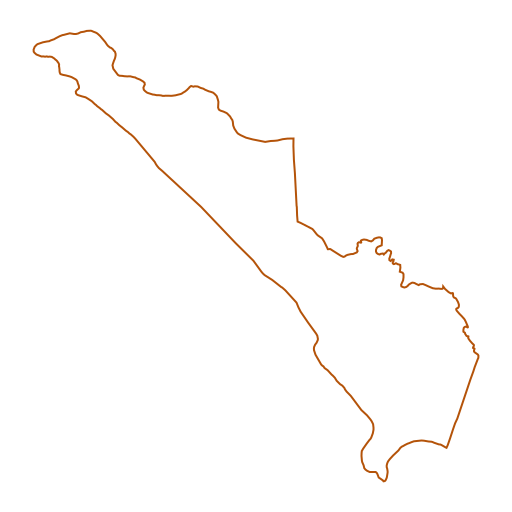 outline of Salinas, Santa Elena, Ecuador
{"feature_id": "8360857B49766571468879", "entity_name": "Salinas", "entity_type": "district", "adm_level": 2, "iso_a3": "ECU", "parent_name": "Ecuador", "parent_adm1": "Santa Elena", "projection": "orthographic", "projection_center": [-80.916, -2.26], "detail": "fine", "context": "isolated", "style": "outline", "palette": "amber", "viewbox_px": 512, "rotation_deg": 0, "n_neighbors": 0, "source": "geoboundaries", "source_scale": "gbopen_adm2", "svg_char_len": 5914}
<svg xmlns="http://www.w3.org/2000/svg" viewBox="0 0 512 512"><path d="M293.5,138.5L287.6,138.6L282.6,139.2L277.5,140.5L274.5,140.8L270.7,141.0L265.2,141.9L252.6,139.4L247.3,138.0L246.1,137.7L240.5,135.1L238.0,133.6L236.9,132.4L234.4,128.6L233.2,125.5L232.8,121.7L232.3,120.0L231.1,118.3L230.1,116.5L227.5,113.8L226.7,113.1L223.5,111.6L220.7,110.7L219.2,109.9L218.7,109.2L218.1,107.6L218.4,101.9L217.9,99.7L216.8,96.3L216.0,95.3L214.3,93.6L213.0,92.6L210.7,91.8L208.8,91.3L205.0,89.7L203.4,88.7L200.6,87.9L197.7,86.5L194.8,86.3L193.4,86.7L191.1,86.0L189.6,87.1L188.8,88.1L186.8,90.1L184.9,91.6L183.3,92.5L181.9,93.5L180.8,94.0L177.1,94.9L175.6,95.3L171.8,95.8L165.3,95.7L164.3,95.9L162.8,95.9L161.0,95.4L158.8,95.2L156.7,95.2L153.9,94.6L153.0,94.6L147.7,92.9L146.7,92.4L144.9,90.9L143.8,89.7L143.4,87.7L144.1,85.9L144.8,84.6L144.5,82.7L143.0,81.4L139.8,79.5L136.4,78.2L135.4,77.5L133.2,77.1L130.2,76.3L127.1,76.4L125.7,76.3L124.2,76.2L122.4,75.9L119.4,75.7L117.9,74.9L113.3,68.8L112.5,65.3L113.0,63.5L114.0,60.6L114.7,59.1L115.2,57.5L115.6,55.5L115.6,53.8L114.9,51.6L113.9,50.8L113.1,49.6L112.4,48.9L111.1,47.9L110.1,47.6L108.0,45.9L107.0,44.7L105.2,42.0L100.2,36.1L98.6,34.6L97.2,33.4L95.8,32.6L93.4,31.7L92.1,31.1L90.9,30.7L86.8,30.9L84.0,31.7L80.8,32.2L78.1,33.5L76.0,34.0L74.0,34.0L69.8,33.3L63.7,34.9L62.5,35.1L59.7,36.2L55.5,38.4L54.2,39.2L50.5,40.5L49.2,41.2L46.9,41.5L42.9,42.3L37.6,44.1L36.6,44.8L34.7,46.8L33.6,49.6L33.7,51.7L34.5,52.8L36.4,54.5L41.5,56.5L43.3,56.4L45.1,56.7L46.8,56.4L48.0,56.8L49.8,56.6L51.8,56.9L54.3,58.5L55.4,59.6L56.4,60.3L57.2,61.2L57.7,62.0L58.2,62.5L59.1,64.3L59.0,66.5L59.2,67.0L59.5,69.7L59.5,71.0L59.8,72.7L60.5,74.1L63.1,74.9L65.8,75.4L69.6,76.4L71.6,77.1L75.6,79.3L76.7,80.3L77.4,81.6L77.9,83.5L78.8,85.7L79.0,87.5L78.8,88.4L76.8,90.2L75.8,91.5L76.0,93.4L76.8,94.4L77.5,94.9L78.3,95.2L82.1,96.4L85.6,97.3L88.4,99.0L91.9,101.3L94.9,104.2L95.9,104.9L97.2,106.2L99.8,108.1L101.0,109.2L102.1,109.9L105.8,113.3L108.9,115.5L112.9,119.0L115.5,121.9L116.7,122.7L119.2,125.1L122.6,127.8L125.8,130.6L128.1,132.2L129.4,133.5L130.7,134.3L133.4,136.7L135.2,138.6L154.7,161.9L156.0,164.3L157.1,165.9L158.9,168.1L162.1,170.8L201.2,207.0L235.8,243.3L253.4,260.7L261.3,271.6L262.8,273.4L264.6,275.1L272.3,280.0L281.3,287.1L282.0,287.4L283.3,288.5L285.3,290.3L296.5,302.6L298.5,307.5L300.1,310.6L300.5,311.5L308.1,322.6L316.1,333.6L317.3,335.7L317.9,338.8L317.8,340.0L316.6,342.7L315.1,344.7L314.1,347.0L313.9,348.5L314.0,350.2L315.5,354.7L321.1,364.4L321.9,365.3L322.8,366.0L323.4,366.3L324.6,368.1L327.6,370.2L331.6,374.6L332.7,375.5L334.8,377.7L336.7,380.8L337.6,381.7L340.1,384.2L342.3,385.6L343.2,386.6L344.4,388.0L345.0,389.4L346.6,391.6L350.8,395.9L361.4,410.1L367.0,415.3L370.4,419.4L371.5,421.0L372.5,422.9L373.1,424.2L373.5,427.6L373.5,429.8L372.8,433.4L371.2,437.7L370.4,439.0L369.5,439.9L366.7,443.6L363.2,448.6L361.8,451.0L361.6,452.9L361.5,455.9L361.9,460.6L362.2,462.1L363.6,465.3L364.3,468.2L365.5,469.6L367.1,470.8L369.7,472.0L375.7,472.0L376.9,473.1L377.5,474.3L378.7,477.5L382.9,480.4L383.5,481.3L384.7,481.1L385.5,480.4L386.6,478.1L386.9,477.0L387.6,472.6L387.6,471.2L387.2,468.7L386.7,467.1L386.7,465.4L387.2,463.4L387.9,461.7L388.5,460.8L389.8,459.1L393.2,455.4L398.4,450.5L400.4,447.8L401.9,446.6L403.2,446.0L404.9,445.0L407.5,443.7L409.0,443.2L411.4,442.2L413.9,441.3L421.5,440.5L424.0,440.7L428.6,441.5L431.3,441.7L432.5,442.0L434.0,442.7L438.9,444.4L440.3,444.5L441.3,444.9L445.6,447.4L446.5,447.8L447.7,445.2L450.1,438.3L453.0,429.4L455.1,423.3L457.3,418.6L470.4,379.5L473.3,371.5L474.7,367.1L477.8,359.0L478.2,358.3L478.4,357.2L478.4,355.5L477.8,354.5L474.8,352.4L474.3,351.9L474.0,351.3L474.0,350.6L474.4,349.3L474.5,348.7L474.2,348.4L473.5,348.3L473.0,347.9L473.2,347.1L473.9,345.8L473.9,345.4L473.8,344.8L472.2,343.3L470.0,340.8L468.4,338.5L468.2,337.6L468.4,336.9L468.4,336.4L467.9,336.2L467.1,336.2L466.5,335.9L465.2,333.9L464.9,332.7L463.6,331.9L463.4,331.7L463.4,331.3L463.4,329.8L463.8,327.9L464.1,327.5L464.7,327.0L465.4,326.7L466.1,326.6L466.4,326.7L467.4,327.4L467.7,327.4L467.9,327.2L467.8,326.5L465.9,322.0L464.7,319.6L464.1,318.8L461.6,316.0L459.5,313.9L456.9,310.9L456.4,310.1L456.2,309.4L456.3,308.8L456.8,308.4L458.0,307.9L458.7,307.0L458.9,306.0L458.9,304.6L458.0,302.0L456.2,298.8L455.6,298.2L454.1,297.6L453.5,296.9L453.3,296.5L453.1,295.6L453.0,293.5L452.9,293.2L452.2,293.0L451.4,293.4L450.9,293.4L448.6,292.1L445.0,288.9L443.2,286.5L443.1,287.7L442.9,288.2L442.8,288.5L442.3,288.8L441.3,288.9L438.8,288.6L435.8,288.7L432.7,288.2L428.4,286.4L425.6,285.1L422.9,284.0L419.9,284.3L418.7,285.1L416.1,283.9L414.5,283.0L413.0,282.7L412.1,282.7L410.7,283.4L408.8,284.6L407.6,286.0L406.2,287.0L404.4,287.5L403.3,287.2L401.4,286.4L401.1,284.8L403.1,280.3L403.5,277.4L403.5,274.1L402.6,272.7L399.8,271.7L400.4,267.7L400.2,264.9L398.6,264.4L397.6,264.2L396.4,263.4L395.7,263.3L394.4,264.0L393.6,264.1L392.8,263.4L392.7,262.5L393.4,261.3L393.7,259.7L392.3,259.4L391.2,260.6L390.6,261.0L389.4,260.1L389.3,258.6L390.0,256.7L390.6,254.5L391.1,253.2L391.0,251.5L389.9,250.7L388.6,250.1L387.3,250.8L385.7,252.8L384.6,253.5L383.8,254.5L382.9,253.5L380.5,253.9L379.7,254.5L378.2,254.1L376.7,253.1L376.0,251.6L376.0,250.0L376.7,248.0L377.8,246.9L381.7,245.3L382.0,240.2L381.7,238.2L380.1,237.4L378.6,237.4L376.8,237.8L374.3,238.7L372.9,240.4L371.2,241.4L368.8,240.8L366.7,239.9L364.0,239.5L362.2,239.9L360.9,240.6L361.2,242.5L360.9,242.7L359.0,242.2L357.9,242.9L357.5,243.9L357.8,245.2L357.7,246.3L356.9,248.0L356.8,248.8L357.6,251.1L356.8,252.4L353.0,254.0L350.9,254.1L347.4,254.9L345.9,255.6L344.6,256.6L343.3,256.9L340.9,255.8L332.2,250.3L330.4,249.1L329.7,249.0L328.8,249.2L327.8,249.2L327.2,247.7L324.1,241.5L322.6,239.1L321.9,238.2L318.1,235.6L318.3,235.8L316.8,234.4L313.4,230.1L312.4,229.0L300.4,222.8L297.6,221.6L297.1,215.5L296.8,206.8L296.6,206.0L294.9,173.2L293.9,159.8L293.4,146.2L293.5,138.5Z" fill="none" stroke="#b45309" stroke-width="2"/></svg>